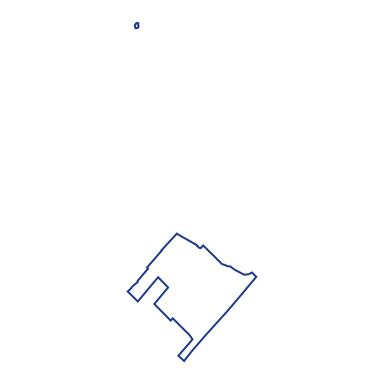 La Plata, Buenos Aires, Argentina
{"feature_id": "61730980B35724148843083", "entity_name": "La Plata", "entity_type": "district", "adm_level": 2, "iso_a3": "ARG", "parent_name": "Argentina", "parent_adm1": "Buenos Aires", "projection": "equal_earth", "projection_center": [-58.078, -34.705], "detail": "fine", "context": "isolated", "style": "outline", "palette": "blue", "viewbox_px": 384, "rotation_deg": 0, "n_neighbors": 0, "source": "geoboundaries", "source_scale": "gbopen_adm2", "svg_char_len": 1437}
<svg xmlns="http://www.w3.org/2000/svg" viewBox="0 0 384 384"><path d="M146.3,270.7L137.5,281.1L137.7,282.0L133.6,285.4L132.3,286.5L130.4,289.1L127.7,291.5L133.6,297.3L137.8,301.5L158.1,277.2L168.1,287.5L154.3,304.0L170.7,320.6L172.7,318.3L180.2,325.8L184.4,330.0L187.9,333.4L189.5,335.0L192.5,339.4L186.7,346.2L186.4,346.5L178.4,355.7L184.1,361.0L188.6,355.2L192.4,350.4L200.6,341.0L204.1,336.9L214.7,325.1L226.5,312.1L238.4,298.2L249.7,284.7L256.3,276.8L254.3,274.9L251.9,272.5L250.2,273.6L249.8,273.7L248.6,274.2L244.2,274.7L235.0,269.9L234.8,269.8L230.1,266.3L227.7,266.3L224.8,264.9L224.6,264.9L223.1,264.5L221.9,264.0L220.1,262.2L219.9,262.0L219.8,261.8L219.7,261.8L217.0,259.1L213.3,255.4L207.3,249.6L206.5,248.7L203.1,245.5L200.8,248.1L200.6,248.0L200.4,248.0L200.2,247.9L199.8,247.8L199.6,247.9L199.3,247.9L199.2,247.9L196.9,245.7L197.1,245.4L191.7,242.2L182.1,236.8L177.7,234.2L176.8,233.6L175.7,234.9L175.3,235.3L162.3,249.4L161.5,250.3L161.7,250.6L147.0,267.6L148.0,268.7L146.3,270.7ZM137.3,23.0L137.2,23.1L136.8,23.2L136.4,23.2L136.1,23.4L135.9,23.6L135.8,23.9L135.6,24.1L135.5,24.6L134.9,25.1L134.8,25.6L135.0,26.4L135.3,27.7L135.6,28.0L136.2,28.3L136.6,28.2L136.9,28.0L137.2,28.0L137.6,27.9L137.8,27.8L138.2,27.3L138.3,27.0L138.5,26.9L138.5,26.5L138.3,26.2L138.3,25.6L138.2,25.3L138.3,25.2L138.3,24.9L138.3,23.9L138.4,23.3L138.2,23.2L137.9,23.2L137.5,23.2L137.3,23.0Z" fill="none" stroke="#1e3a8a" stroke-width="2"/></svg>